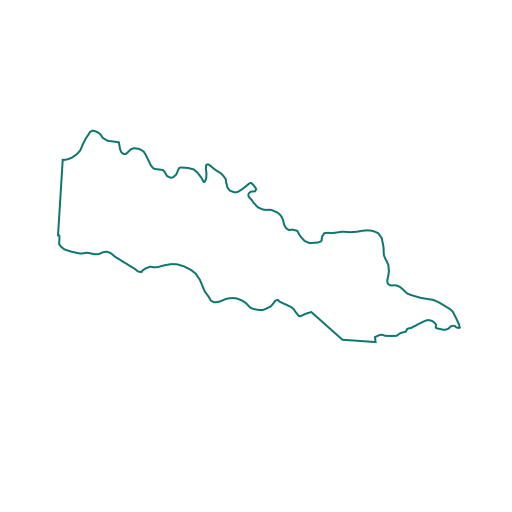 Macdomel, Laborie, Saint Lucia (Albers equal-area conic projection), rotated 293°
{"feature_id": "8701671B98275971460966", "entity_name": "Macdomel", "entity_type": "district", "adm_level": 2, "iso_a3": "LCA", "parent_name": "Saint Lucia", "parent_adm1": "Laborie", "projection": "albers", "projection_center": [-60.984, 13.774], "detail": "fine", "context": "isolated", "style": "outline", "palette": "teal", "viewbox_px": 512, "rotation_deg": 293, "n_neighbors": 0, "source": "geoboundaries", "source_scale": "gbopen_adm2", "svg_char_len": 6069}
<svg xmlns="http://www.w3.org/2000/svg" viewBox="0 0 512 512"><g transform="rotate(293 256 256)"><path d="M291.0,290.1L291.9,288.5L295.3,284.1L294.6,279.6L292.8,276.1L292.8,275.7L293.4,272.8L295.5,270.0L296.0,269.5L297.2,268.6L297.5,268.4L299.9,266.7L300.8,265.6L301.3,265.1L302.0,264.3L303.3,262.2L303.6,261.4L303.9,260.3L304.4,258.8L304.4,256.6L304.4,254.0L304.4,253.0L304.4,252.3L304.3,252.1L304.2,251.6L304.0,250.8L302.5,247.5L301.7,245.4L301.5,243.6L301.5,239.7L301.7,238.4L302.5,236.4L303.4,234.6L303.6,233.8L304.1,232.8L305.7,230.5L305.9,230.1L306.6,228.5L307.7,226.1L308.4,225.6L309.6,225.0L310.1,224.9L310.5,224.9L310.8,225.0L312.4,225.6L312.9,225.9L314.0,227.5L314.3,228.1L314.5,228.6L314.8,229.1L315.1,229.8L317.5,230.1L318.9,228.5L320.4,225.7L320.6,225.2L321.0,224.0L321.3,223.2L321.2,223.0L321.0,222.4L320.9,222.1L320.5,221.8L319.8,221.4L319.4,221.0L318.4,220.6L317.7,220.2L315.4,219.0L313.5,217.9L312.3,217.3L308.3,214.6L308.0,214.3L306.8,212.6L306.4,211.9L306.3,211.7L306.1,209.7L306.0,207.8L306.0,206.3L307.5,203.5L308.4,202.5L310.4,201.1L310.6,201.0L311.1,200.5L312.4,199.5L313.0,199.2L314.0,198.7L314.3,198.4L315.1,197.9L315.7,196.8L316.2,196.0L317.2,194.3L317.4,193.7L317.9,192.7L318.1,192.1L318.3,191.5L318.8,189.1L318.9,187.9L319.1,186.5L320.1,182.3L320.6,180.9L320.7,180.5L321.2,179.0L321.6,177.2L321.5,175.9L320.9,174.9L319.9,174.7L319.1,175.0L317.1,175.6L316.2,176.1L315.6,176.4L313.3,177.8L312.9,178.0L309.5,179.3L308.2,179.8L306.8,179.9L304.8,179.9L304.4,179.8L304.0,179.5L303.8,179.1L303.8,178.8L306.8,175.0L310.1,169.1L310.8,166.5L311.4,164.7L310.9,162.2L310.7,159.8L310.2,158.2L308.1,152.2L307.1,151.1L306.6,150.8L305.8,150.8L304.5,150.7L303.0,150.8L299.7,150.7L296.0,148.9L295.7,148.5L295.2,147.8L294.8,147.0L294.7,146.5L294.8,142.9L297.9,138.8L298.1,138.3L298.5,137.4L298.7,136.5L298.0,133.9L297.8,133.1L296.7,129.4L296.5,128.1L296.7,127.0L298.2,124.0L298.7,123.4L306.5,114.4L307.3,113.1L307.9,112.4L308.2,111.5L308.3,111.2L308.8,108.7L308.8,107.8L308.9,106.4L307.5,101.4L306.8,100.8L306.3,100.1L305.9,99.6L305.2,99.1L303.2,98.2L302.9,98.1L299.1,96.4L298.3,94.6L298.2,94.2L298.3,93.4L298.7,91.9L298.9,91.5L301.1,89.2L307.1,85.3L304.1,74.3L304.7,69.7L305.0,68.7L305.7,67.4L307.2,65.4L307.3,64.6L307.6,63.9L308.0,61.5L308.0,58.6L307.7,57.4L307.7,56.7L306.9,56.1L305.9,55.2L305.3,54.8L304.1,54.6L302.1,54.3L297.6,53.4L292.0,53.0L291.3,53.0L290.6,52.9L289.7,53.0L285.1,53.0L284.4,52.9L282.2,52.2L281.3,51.9L280.9,51.7L279.1,50.9L275.6,48.8L275.0,48.4L272.0,45.5L271.6,45.0L270.3,43.2L269.3,41.5L269.0,40.5L197.9,65.6L198.3,66.0L197.9,66.9L195.9,68.0L195.1,68.3L192.0,69.4L190.0,70.2L189.0,71.8L188.2,73.4L187.2,77.1L187.7,83.0L188.2,86.4L189.5,93.0L190.5,95.2L192.8,98.8L193.6,101.8L194.5,106.5L195.9,109.8L197.0,111.2L199.7,113.7L201.4,116.4L201.7,117.7L201.9,120.8L201.4,122.9L200.3,126.3L199.7,129.8L199.3,133.0L198.7,136.2L198.2,140.3L197.5,144.1L196.9,149.0L196.6,150.2L196.0,152.0L195.8,153.3L195.8,154.7L196.1,155.5L196.5,156.9L197.2,157.0L198.5,157.3L199.7,158.1L201.9,159.6L202.9,160.8L204.9,162.8L205.1,164.0L205.7,166.5L206.1,167.3L207.1,169.4L207.9,170.6L211.2,174.7L211.6,175.3L212.9,177.2L215.4,181.2L216.2,183.2L217.1,185.3L217.7,187.9L218.0,191.1L218.4,194.0L218.2,196.0L218.0,197.0L218.1,197.5L217.7,201.9L216.1,207.6L213.5,211.6L212.1,213.7L209.3,216.6L206.4,219.5L203.4,222.6L199.9,228.5L197.3,231.9L197.0,234.6L197.2,236.0L198.6,238.6L200.7,241.3L203.4,243.8L204.7,245.0L206.8,248.2L208.1,250.8L209.2,254.0L209.5,256.8L209.5,260.8L208.8,265.0L207.4,268.1L206.2,271.3L206.2,273.4L206.7,276.8L207.3,279.1L208.8,283.2L210.9,285.4L215.4,289.3L217.5,290.0L220.1,290.7L222.4,291.2L224.0,293.1L224.1,293.5L223.2,295.3L223.1,297.8L223.0,299.7L223.0,303.4L222.7,307.7L222.7,308.3L222.6,309.0L221.8,311.5L220.6,313.2L219.8,314.5L218.6,316.8L217.6,318.5L217.9,320.4L220.0,322.3L221.0,323.1L223.2,325.4L223.8,326.0L224.4,326.9L225.2,327.8L226.0,328.8L212.7,368.3L223.5,399.7L227.8,397.2L229.6,398.8L231.6,400.7L232.7,402.6L233.1,406.5L235.3,411.9L236.6,414.9L237.2,416.1L238.1,417.0L240.1,418.2L241.7,419.3L243.1,421.1L244.7,423.2L244.9,423.4L248.0,423.7L248.9,424.7L249.9,426.0L250.4,427.0L253.1,429.0L254.1,430.1L256.5,431.8L258.6,433.7L261.4,436.1L263.6,438.4L264.2,439.4L264.7,441.0L265.0,443.7L264.2,446.6L263.3,448.4L262.8,448.8L261.2,449.0L260.3,449.5L260.1,450.8L260.9,455.0L261.4,457.5L262.1,459.1L263.8,461.1L265.6,462.1L267.2,462.7L268.6,464.4L269.1,465.6L269.2,466.7L268.6,467.9L268.6,469.0L269.3,471.4L270.0,471.5L270.2,471.2L270.5,470.8L272.4,469.6L273.4,468.4L273.8,468.0L274.0,467.7L274.3,467.4L275.9,465.7L277.9,463.4L279.9,460.9L280.3,460.4L281.8,458.6L282.9,455.4L284.2,446.6L284.4,445.5L284.4,445.2L284.4,444.9L284.7,443.0L284.9,437.0L284.7,436.3L284.7,435.3L284.4,434.5L284.3,434.2L282.0,424.8L281.8,423.7L281.0,417.4L280.6,412.8L280.6,412.0L280.5,410.4L281.0,408.5L282.6,404.4L282.8,403.6L283.2,402.5L283.4,401.9L283.8,400.5L283.8,399.8L283.8,399.0L283.9,398.0L283.6,396.8L283.5,395.7L281.6,391.6L281.5,390.8L281.5,390.2L281.7,389.0L282.4,387.8L284.3,386.6L285.2,386.3L286.6,386.0L288.9,385.7L290.0,385.3L290.6,385.2L294.0,384.3L294.2,384.1L294.4,384.0L296.3,383.0L296.9,382.8L297.5,382.4L298.6,381.8L299.5,381.3L299.6,381.1L299.8,381.0L300.9,379.7L301.9,378.8L302.5,378.1L303.1,377.3L303.3,376.9L305.2,374.9L305.6,374.5L306.1,374.0L306.3,373.8L307.7,372.9L309.0,372.3L309.4,372.0L310.1,371.7L310.8,371.4L311.6,371.1L312.8,370.5L313.0,370.4L313.5,370.2L316.2,368.4L316.8,368.1L318.0,367.2L321.4,364.9L321.7,364.5L321.9,364.3L322.4,363.4L323.9,361.0L324.7,359.9L324.8,357.9L324.8,355.6L324.7,354.5L324.7,354.0L324.4,352.8L324.4,352.3L324.3,352.0L324.2,351.5L323.3,349.0L322.6,347.4L321.6,345.6L321.3,345.0L320.4,343.4L319.8,342.7L319.4,341.9L317.7,339.3L314.8,333.6L313.1,328.9L312.9,328.0L312.6,327.3L312.0,325.8L307.3,318.0L306.6,316.6L306.3,315.9L305.5,313.3L304.2,310.8L304.0,310.6L303.7,310.0L302.7,309.8L301.0,309.4L300.8,309.4L299.9,309.3L297.2,309.8L296.8,310.2L296.1,310.3L294.9,310.1L292.7,307.9L288.8,300.3L288.8,295.0L289.6,293.1L291.0,290.1Z" fill="none" stroke="#0f766e" stroke-width="2"/></g></svg>